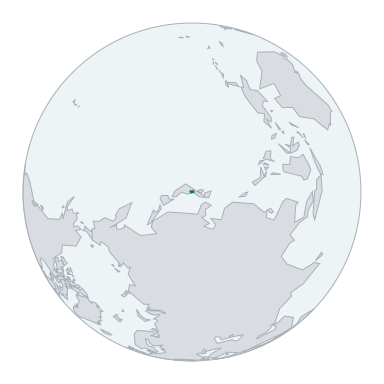 Fukui on an orthographic globe, rotated 222°
{"feature_id": "JPN-1848", "entity_name": "Fukui", "entity_type": "Prefecture", "adm_level": 1, "iso_a3": "JPN", "parent_name": "Japan", "parent_adm1": "", "projection": "orthographic", "projection_center": [136.049, 35.808], "detail": "fine", "context": "on_globe", "style": "filled", "palette": "teal", "viewbox_px": 384, "rotation_deg": 222, "n_neighbors": 0, "source": "natural_earth", "source_scale": "10m", "svg_char_len": 11948}
<svg xmlns="http://www.w3.org/2000/svg" viewBox="0 0 384 384"><g transform="rotate(222 192 192)"><circle cx="192" cy="192" r="169" fill="#eef3f6" stroke="#a8b0b8"/><path d="M304.7,298.3L304.6,299.1L304.4,299.3L304.7,298.3ZM329.1,93.3L327.6,92.2L331.0,96.0L334.2,100.7L333.5,99.9L331.6,97.1L327.7,93.5L327.3,95.4L319.0,90.8L303.2,79.3L304.8,78.4L300.8,76.1L298.5,77.3L298.0,78.7L281.2,75.8L272.1,83.2L274.5,89.8L269.8,85.5L278.0,101.3L276.4,110.1L274.9,97.7L272.2,94.7L269.6,99.1L266.2,97.0L263.0,98.1L259.3,95.3L258.7,88.8L256.2,87.0L254.5,90.3L249.6,90.0L252.6,85.3L244.4,84.4L241.9,74.3L252.8,65.8L248.2,59.5L250.9,49.4L247.4,48.7L246.2,45.1L241.7,43.1L243.5,42.2L238.4,41.5L237.7,42.7L235.2,42.9L232.5,41.9L234.3,40.5L235.9,40.7L235.0,39.9L237.0,39.6L234.5,39.2L237.0,37.8L230.6,37.9L229.2,35.7L231.9,35.2L236.8,37.0L255.2,41.6L259.5,42.3L260.6,41.3L251.9,35.2L254.4,35.7L254.2,35.1L250.4,33.8L249.3,33.9L242.2,31.8L241.7,32.6L238.7,32.1L236.1,32.7L231.0,30.9L227.4,29.0L229.3,28.5L227.8,27.8L221.5,27.1L220.7,25.8L213.4,24.4L225.8,26.5L238.1,29.4L250.0,33.3L261.7,38.1L273.0,43.7L283.8,50.1L294.1,57.4L303.8,65.4L313.0,74.0L321.4,83.4L329.1,93.3ZM340.5,182.2L339.1,179.1L340.8,179.4L340.5,182.2ZM337.5,178.4L338.2,179.2L337.5,178.8L337.5,178.4ZM336.7,178.9L337.3,178.5L336.7,179.3L336.7,178.9ZM335.6,179.9L336.1,179.2L336.1,179.4L335.6,179.9ZM333.5,180.4L332.9,180.5L333.3,179.5L333.5,180.4ZM298.3,79.8L298.8,77.6L302.1,77.5L302.1,79.5L298.3,79.8ZM291.7,80.6L291.0,78.8L295.5,80.8L294.5,81.2L291.7,80.6ZM277.0,95.3L278.0,92.9L278.2,96.0L277.0,95.3ZM263.2,98.7L264.0,100.2L262.0,100.2L263.2,98.7ZM239.1,33.7L237.6,33.2L238.9,33.3L239.1,33.7ZM239.3,34.5L241.8,35.0L242.3,35.5L240.7,35.2L239.3,34.5ZM254.4,96.1L251.0,95.8L254.4,94.9L254.4,96.1ZM236.1,33.8L242.8,36.3L243.6,37.3L238.4,36.9L236.1,33.8ZM248.9,95.0L240.6,94.9L241.6,97.9L234.1,89.7L243.7,92.2L247.7,90.5L246.9,93.0L248.9,95.0ZM238.6,43.5L239.3,42.1L241.2,44.2L238.6,43.5ZM240.4,44.8L249.9,51.7L247.5,53.6L244.8,50.8L243.7,54.2L237.9,51.6L237.2,49.2L239.9,48.4L235.6,48.1L240.4,44.8ZM231.3,85.3L229.2,84.5L231.3,84.1L231.3,85.3ZM234.3,43.1L236.4,44.2L234.5,45.8L229.9,44.0L232.0,44.0L234.3,43.1ZM246.3,56.4L244.1,57.5L238.8,55.7L237.2,55.9L237.6,51.7L246.3,56.4ZM231.1,43.2L227.7,43.0L226.1,41.5L232.1,42.2L231.1,43.2ZM236.0,47.1L234.9,47.9L234.0,46.8L236.0,47.1ZM218.7,36.4L221.2,37.4L220.5,38.3L218.7,36.4ZM226.5,43.1L227.0,43.6L227.0,44.2L224.5,43.8L226.5,43.1ZM233.8,50.9L232.1,50.0L233.4,52.5L229.5,51.4L230.4,48.9L228.4,49.6L227.2,49.3L229.3,47.6L233.8,50.9ZM221.9,45.1L221.8,42.0L217.2,39.8L217.8,38.9L225.1,42.6L221.9,45.1ZM226.1,46.7L223.6,45.5L225.6,44.8L228.4,45.3L226.1,46.7ZM226.4,51.7L232.2,53.9L231.8,54.4L226.4,51.7ZM220.2,44.6L220.2,45.4L219.6,44.5L220.2,44.6ZM224.1,49.6L226.2,50.2L225.6,50.8L224.1,49.6ZM218.6,46.5L218.6,45.4L220.5,45.6L218.6,46.5ZM220.8,48.0L219.6,48.6L221.2,46.4L221.8,48.2L220.8,48.0ZM223.2,50.0L223.6,50.5L222.4,49.6L223.2,50.0ZM211.2,46.6L212.9,43.7L217.2,44.1L215.0,46.8L211.2,46.6ZM62.2,83.8L62.8,83.2L53.4,96.7L50.4,103.5L58.5,96.6L63.4,85.1L69.3,79.0L69.5,84.3L65.9,95.3L68.1,93.3L74.6,83.4L78.2,83.3L77.4,79.8L74.5,83.1L73.9,81.3L76.5,78.2L77.7,78.2L80.0,74.5L73.9,76.3L70.3,79.9L73.7,73.5L68.0,79.0L67.4,78.9L76.7,69.6L79.1,67.9L93.0,56.4L90.8,57.5L77.5,68.7L79.7,66.4L76.6,68.8L80.7,65.3L95.7,53.5L101.3,49.5L111.7,43.3L112.3,43.0L121.3,38.6L116.8,40.9L119.0,40.0L115.0,42.3L115.8,43.2L112.8,45.7L119.2,44.3L118.5,45.5L114.9,45.9L110.8,47.7L103.9,55.0L104.4,55.8L109.2,54.5L106.7,57.0L112.2,54.8L111.3,58.9L116.9,52.3L122.7,51.2L125.5,53.0L128.4,51.7L123.8,48.8L121.1,48.8L117.1,50.7L110.5,50.6L111.6,48.6L122.3,44.7L124.9,41.7L132.1,40.5L140.0,48.0L140.1,52.5L127.5,62.2L123.9,61.5L126.7,57.5L118.5,62.2L121.8,61.3L119.8,63.5L124.7,63.6L123.5,65.3L130.3,62.8L129.4,64.9L125.1,66.4L131.6,69.0L131.3,73.5L133.4,73.3L135.7,71.9L133.7,79.0L135.3,78.6L136.6,76.1L140.6,73.8L146.9,72.6L145.9,75.1L143.5,75.8L136.9,81.5L130.6,83.4L130.8,84.4L136.1,83.3L144.1,76.4L148.2,75.1L144.9,78.4L146.4,77.1L148.1,77.2L148.9,79.8L152.8,76.3L173.1,76.0L176.6,81.6L171.3,84.3L184.5,88.2L187.4,95.0L188.5,92.6L195.6,93.4L194.8,91.2L195.8,90.1L213.6,92.4L217.0,95.2L225.9,94.3L226.5,93.1L224.5,90.9L234.1,89.7L241.6,97.9L239.9,100.0L245.7,104.2L241.0,108.6L239.8,114.5L231.2,117.5L230.9,122.3L233.3,123.4L234.7,131.1L229.6,143.7L223.5,128.3L229.1,110.5L225.9,117.1L223.5,114.2L220.5,115.9L218.5,120.9L220.2,122.3L201.3,125.1L190.4,137.2L198.6,138.6L201.6,143.9L196.4,161.2L172.8,179.5L176.5,188.6L175.3,193.5L168.8,195.0L170.4,187.8L165.9,183.7L167.7,179.6L158.0,180.3L160.2,174.5L151.5,178.2L152.5,183.7L160.3,184.9L151.7,191.1L156.9,201.6L155.1,211.6L138.3,224.5L124.9,225.2L123.5,228.0L119.5,222.7L112.1,226.1L118.1,246.1L117.3,250.7L106.2,255.4L106.3,251.9L95.5,238.1L92.0,248.1L100.2,261.2L102.9,272.9L96.0,266.6L93.4,256.1L89.6,250.9L91.7,241.9L90.5,225.7L83.6,224.9L85.2,219.3L82.5,203.8L73.2,202.0L57.7,208.0L53.9,221.5L49.3,224.2L47.9,198.1L51.3,183.3L48.3,181.4L48.9,164.2L42.8,150.0L44.1,145.4L42.5,144.2L43.3,136.3L46.3,129.2L45.7,126.4L38.4,145.3L39.3,148.5L43.1,146.9L40.7,152.6L40.2,161.7L32.7,166.6L27.3,157.7L30.5,146.8L45.8,110.3L47.5,108.2L47.7,107.9L48.1,107.3L45.7,110.0L49.6,103.6L37.4,126.0L33.7,134.3L27.2,158.0L26.9,158.5L25.9,164.7L27.4,172.0L26.6,175.2L23.6,184.8L23.1,186.9L24.0,174.4L25.7,162.1L28.4,149.9L31.9,137.9L36.3,126.3L41.6,115.0L47.7,104.1L54.6,93.7L62.2,83.8ZM58.3,112.7L58.7,119.9L65.2,111.3L65.9,113.5L67.8,109.9L65.6,110.6L71.4,101.6L74.0,103.1L77.3,100.3L77.3,97.7L71.7,96.6L63.4,109.2L60.5,109.9L58.3,112.7ZM134.7,34.1L131.3,35.4L129.7,35.6L133.6,33.6L135.9,33.2L134.7,34.1ZM126.8,37.3L136.4,34.6L134.4,36.1L133.9,35.7L131.6,36.9L130.2,36.6L118.9,41.1L116.8,41.7L125.1,37.0L123.5,38.0L127.0,36.5L126.8,37.3ZM164.5,28.9L168.6,28.8L158.8,32.0L156.1,31.8L159.8,29.5L165.2,28.4L164.5,28.9ZM225.6,33.0L227.8,33.5L227.4,33.8L225.1,33.7L225.6,33.0ZM219.9,36.8L215.5,31.6L217.8,31.8L212.4,29.0L216.4,28.5L219.7,30.2L218.8,28.1L223.4,29.4L222.1,28.0L229.1,31.9L233.2,33.3L227.1,31.8L223.3,32.1L222.9,32.7L224.9,35.6L231.9,39.4L229.2,40.7L225.5,40.6L223.5,39.9L225.8,39.2L221.3,38.8L223.2,37.3L219.9,36.8ZM183.6,44.6L187.2,43.1L178.5,43.8L180.3,41.6L179.2,41.8L178.5,40.0L175.6,38.4L177.2,37.5L175.4,37.3L174.9,36.3L173.0,35.8L175.1,34.1L172.9,33.4L175.2,33.1L170.9,32.4L175.0,32.2L174.7,31.2L170.9,31.9L186.9,26.4L190.5,24.9L191.2,23.9L198.2,24.3L202.0,25.7L203.4,28.0L199.0,29.6L203.0,29.7L202.0,30.6L199.3,30.2L203.0,31.5L201.4,32.2L202.7,35.4L208.9,37.4L209.5,38.8L206.3,38.4L209.2,40.1L203.5,40.4L203.8,41.5L198.6,43.2L192.2,42.1L193.1,43.4L189.1,45.0L183.6,44.6ZM209.6,47.0L201.6,45.7L198.7,44.0L209.0,42.0L209.5,40.9L216.1,40.0L220.2,42.6L218.0,42.6L216.7,43.2L215.9,42.1L215.7,43.5L212.6,43.6L211.5,44.7L209.2,43.9L209.6,47.0ZM81.1,64.5L79.5,66.0L77.7,67.8L75.7,69.5L81.1,64.5ZM90.2,57.1L91.3,56.3L90.3,57.1L87.1,59.6L90.2,57.1ZM92.9,55.4L90.5,57.0L92.8,55.3L92.9,55.4ZM114.3,46.7L113.6,47.7L112.3,48.2L111.2,48.2L114.3,46.7ZM158.3,47.7L160.8,46.8L161.4,47.2L167.3,46.9L166.5,48.7L162.5,49.7L158.3,47.7ZM57.5,96.1L56.5,95.8L57.8,93.9L57.8,94.4L57.5,96.1ZM65.1,81.5L61.9,85.9L64.6,81.9L65.1,81.5ZM158.3,49.7L160.9,49.3L158.9,50.5L158.3,49.7ZM166.2,50.1L164.4,51.6L167.1,48.9L166.2,50.1ZM143.1,307.9L148.2,309.6L148.0,310.2L143.1,307.9ZM137.7,304.6L143.4,306.2L136.8,305.6L137.7,304.6ZM145.6,306.8L151.5,307.0L154.0,306.6L153.6,307.7L145.6,306.8ZM133.9,303.6L114.0,297.2L106.4,292.8L108.0,291.2L120.3,296.2L133.9,303.6ZM107.4,290.9L96.1,279.9L82.2,253.5L87.1,256.4L101.9,275.4L100.9,277.0L107.8,284.9L107.4,290.9ZM135.7,288.7L134.6,294.3L123.5,290.5L118.5,287.9L115.0,279.0L117.0,275.7L121.0,277.2L137.6,268.3L143.2,273.3L137.8,277.7L142.5,284.3L135.7,288.7ZM54.1,223.2L55.5,233.7L53.2,233.2L54.1,223.2ZM145.2,260.1L137.9,264.6L144.9,257.9L145.2,260.1ZM149.8,253.1L149.9,256.4L147.5,252.6L149.8,253.1ZM122.6,232.5L118.3,231.7L118.6,229.3L124.3,228.9L122.6,232.5ZM153.6,220.0L152.0,227.0L150.6,229.2L149.5,224.4L153.6,220.0ZM154.8,67.8L147.4,65.8L141.5,66.3L137.3,69.2L140.1,64.5L149.1,63.8L154.8,67.8ZM170.9,74.6L174.6,72.5L175.1,74.3L174.4,75.0L170.9,74.6ZM171.6,72.7L172.0,68.7L175.4,68.1L174.4,71.4L171.6,72.7ZM164.8,58.3L162.7,57.5L164.4,56.5L164.8,58.3ZM267.1,342.2L269.9,341.2L265.4,343.8L258.7,347.1L251.6,349.8L267.1,342.2ZM213.3,357.0L211.4,355.4L219.1,354.7L217.3,356.3L213.3,357.0ZM271.9,339.5L275.8,336.5L275.8,334.7L277.2,335.8L282.3,333.5L271.7,340.3L271.9,339.5ZM180.1,347.6L149.2,347.7L141.9,345.3L142.5,343.5L133.4,334.2L135.7,335.0L132.7,328.9L150.3,328.0L162.5,319.9L173.7,322.3L181.3,315.2L193.3,316.9L190.4,322.9L203.7,327.6L210.7,313.9L220.7,328.5L231.6,332.6L236.9,339.7L224.3,351.5L215.4,353.9L212.8,353.2L209.3,354.2L202.7,354.0L197.3,350.9L193.9,351.8L196.4,349.4L191.9,351.5L187.6,349.1L180.1,347.6ZM266.4,321.1L268.7,320.9L272.8,322.1L269.1,322.6L266.4,321.1ZM299.1,303.5L300.5,303.9L298.0,305.2L299.1,303.5ZM304.4,299.3L301.5,301.0L304.7,298.3L304.4,299.3ZM276.1,310.9L277.4,311.4L276.5,311.9L276.1,310.9ZM275.2,310.8L276.2,309.1L276.3,310.5L275.2,310.8ZM263.8,305.2L265.0,304.2L265.7,304.7L263.8,305.2ZM155.8,311.3L162.7,308.4L166.7,308.7L155.8,311.3ZM261.8,303.9L258.7,304.3L258.9,303.4L261.8,303.9ZM261.9,301.9L261.4,300.8L263.6,303.2L261.9,301.9ZM255.6,300.2L259.6,301.7L255.2,300.5L255.6,300.2ZM253.4,300.8L250.6,300.1L250.8,299.7L253.4,300.8ZM223.8,304.4L234.0,311.2L226.2,311.3L217.3,307.0L211.1,311.1L196.6,309.8L199.7,307.4L197.5,303.2L183.0,300.3L180.1,297.2L185.1,296.0L175.7,292.6L185.9,292.6L190.3,298.7L196.1,294.9L206.6,296.6L217.0,298.8L225.8,302.8L223.8,304.4ZM186.3,304.9L188.1,305.1L186.6,306.5L186.3,304.9ZM245.3,297.7L249.3,299.9L248.9,300.6L247.0,300.4L245.3,297.7ZM227.7,301.8L237.0,297.0L239.3,296.9L233.2,302.3L227.7,301.8ZM234.6,294.1L239.0,294.5L241.5,296.9L240.6,297.7L234.6,294.1ZM165.5,297.0L165.1,298.4L162.5,296.8L165.5,297.0ZM168.8,296.6L176.7,299.4L168.1,297.8L168.8,296.6ZM145.8,286.5L148.0,290.8L154.8,289.9L149.6,292.2L154.5,299.2L153.0,301.1L148.1,293.6L146.7,300.0L143.7,299.1L141.9,293.0L144.8,286.5L147.8,284.3L160.3,285.7L145.8,286.5ZM168.6,292.0L166.6,287.3L168.2,284.6L170.4,287.3L168.6,292.0ZM160.9,275.4L155.9,269.0L151.1,270.0L161.3,264.5L164.3,271.6L160.9,275.4ZM157.2,262.7L152.6,263.6L157.6,260.2L157.2,262.7ZM151.7,261.5L151.5,257.6L155.0,258.9L151.7,261.5ZM159.6,263.3L161.0,257.0L162.4,261.2L159.6,263.3ZM151.0,248.6L157.8,256.7L148.4,251.7L149.6,238.9L153.8,239.6L151.0,248.6ZM184.5,201.0L184.4,197.0L188.6,196.9L187.4,199.6L184.5,201.0ZM202.1,193.8L189.6,195.6L179.6,197.3L182.0,199.6L178.5,205.7L175.7,198.9L183.8,193.0L191.1,192.8L193.6,187.6L199.8,184.8L200.6,177.8L203.8,175.3L205.3,181.7L202.1,193.8ZM200.6,174.9L204.2,163.0L211.5,165.9L212.3,169.1L207.6,173.2L204.0,171.4L200.6,174.9ZM207.2,161.1L203.8,159.4L201.9,140.9L203.3,137.8L208.6,152.8L205.7,152.1L204.9,156.3L207.2,161.1ZM229.1,85.9L229.2,84.6L230.5,85.9L229.1,85.9ZM195.2,88.9L196.9,87.7L198.4,89.1L195.2,88.9ZM202.4,85.2L199.6,84.4L203.0,84.2L202.4,85.2ZM193.0,83.1L198.6,83.6L192.7,84.6L193.0,83.1Z" fill="#d9dde1" stroke="#a8b0b8" stroke-width="1"/><path d="M190.6,192.8L190.8,192.9L191.0,192.8L191.0,193.0L191.2,192.9L191.3,192.9L191.2,192.8L191.2,192.7L191.3,192.7L191.3,192.8L191.5,192.8L191.4,192.8L191.4,192.7L191.5,192.7L191.4,192.5L191.5,192.5L191.8,192.5L191.8,192.4L191.8,192.2L192.0,192.2L192.0,192.3L191.9,192.4L192.0,192.4L192.1,192.2L192.0,191.9L191.9,191.8L191.9,191.7L191.8,191.4L192.0,191.2L192.1,190.9L192.2,190.7L192.3,190.7L192.5,190.6L192.6,190.8L192.7,191.0L192.8,191.0L193.0,191.0L193.3,191.1L193.6,191.2L193.6,191.3L193.6,191.5L193.7,191.8L193.8,191.8L193.8,192.0L193.7,192.0L193.4,192.1L193.1,192.1L192.9,192.2L192.7,192.1L192.6,192.3L192.5,192.5L192.3,192.4L192.2,192.4L192.2,192.5L192.1,192.8L191.9,192.9L191.9,193.0L191.8,192.9L191.7,192.9L191.6,193.2L191.6,193.3L191.5,193.2L191.4,193.2L191.4,193.3L191.1,193.4L190.8,193.3L190.7,193.3L190.7,193.2L190.6,192.9L190.6,192.8Z" fill="#14b8a6" stroke="#0f766e" stroke-width="1.5"/></g></svg>